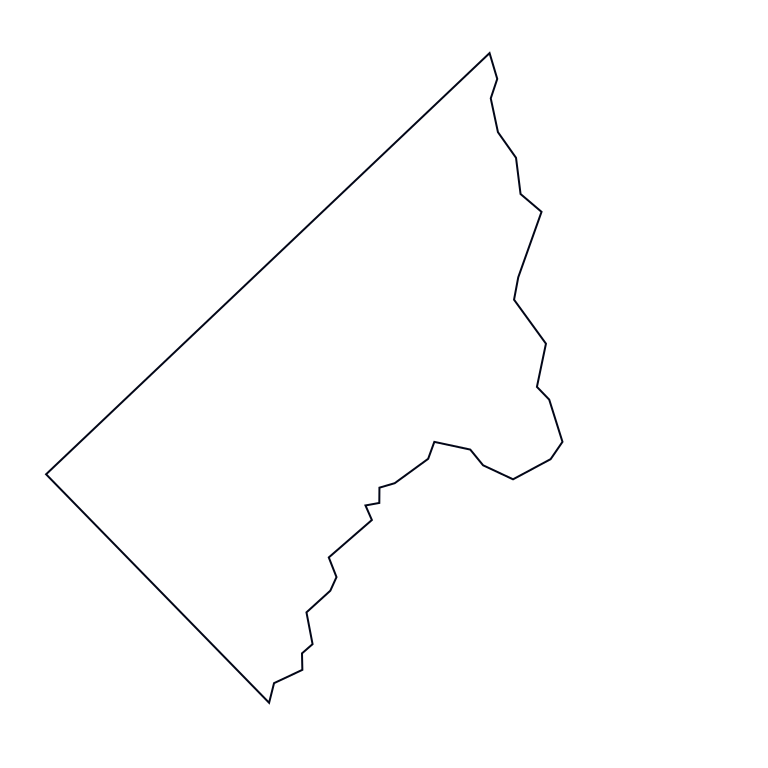 the district of Cass, Illinois, United States of America, rotated 136°
{"feature_id": "52423323B74744192559134", "entity_name": "Cass", "entity_type": "district", "adm_level": 2, "iso_a3": "USA", "parent_name": "United States of America", "parent_adm1": "Illinois", "projection": "orthographic", "projection_center": [-90.285, 39.999], "detail": "fine", "context": "isolated", "style": "outline", "palette": "ink", "viewbox_px": 768, "rotation_deg": 136, "n_neighbors": 0, "source": "geoboundaries", "source_scale": "gbopen_adm2", "svg_char_len": 596}
<svg xmlns="http://www.w3.org/2000/svg" viewBox="0 0 768 768"><g transform="rotate(136 384 384)"><path d="M151.1,398.4L153.8,425.8L131.9,455.0L127.1,486.0L108.8,515.3L90.6,524.8L78.2,548.7L689.8,553.8L689.6,514.4L688.1,234.5L670.9,245.2L641.3,235.1L630.1,247.2L616.1,246.5L598.4,273.6L566.2,272.6L552.3,278.1L544.2,297.6L487.2,294.6L481.7,309.5L470.0,301.7L459.3,312.6L445.2,305.2L404.2,299.5L388.0,307.4L367.5,276.9L369.2,256.7L357.4,225.8L316.3,214.2L295.8,218.4L276.0,258.0L276.0,275.7L239.5,300.5L231.9,354.3L213.3,367.5L151.1,398.4Z" fill="none" stroke="#020617" stroke-width="2"/></g></svg>